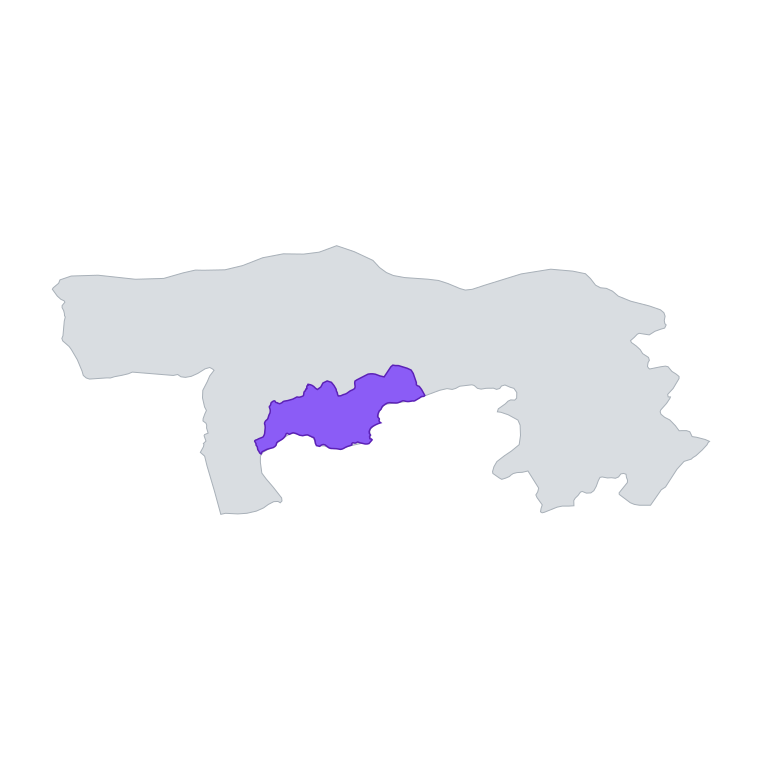 Cuvette-Ouest highlighted on a map of Republic of the Congo, rotated 254°
{"feature_id": "COG-2185", "entity_name": "Cuvette-Ouest", "entity_type": "Region", "adm_level": 1, "iso_a3": "COG", "parent_name": "Republic of the Congo", "parent_adm1": "", "projection": "equal_earth", "projection_center": [14.65, 0.103], "detail": "fine", "context": "in_parent", "style": "filled", "palette": "violet", "viewbox_px": 768, "rotation_deg": 254, "n_neighbors": 0, "source": "natural_earth", "source_scale": "10m", "svg_char_len": 7422}
<svg xmlns="http://www.w3.org/2000/svg" viewBox="0 0 768 768"><g transform="rotate(254 384 384)"><path d="M194.0,606.8L197.0,596.2L199.3,591.4L202.0,588.0L213.0,579.7L214.6,580.0L222.2,590.8L224.6,591.6L227.3,591.3L230.5,591.8L232.0,589.7L232.3,586.9L230.0,583.8L229.6,580.5L231.2,576.9L232.1,572.9L234.5,568.1L234.7,565.9L232.2,563.5L227.1,559.8L223.6,556.3L222.3,552.8L223.3,548.5L226.1,544.9L225.9,543.0L223.4,539.8L221.6,536.4L219.7,534.3L214.6,533.0L215.6,528.4L217.5,521.7L217.9,516.5L216.5,502.9L216.6,500.5L218.0,499.2L221.1,500.7L224.2,502.8L232.6,499.8L235.5,499.4L237.9,502.0L241.3,504.0L260.7,498.4L261.0,492.6L262.2,487.4L262.3,483.5L261.5,481.0L260.5,479.1L260.0,475.1L259.9,470.9L261.8,469.0L268.0,464.0L269.9,464.2L274.2,466.9L278.3,471.1L281.9,480.1L284.4,487.9L288.4,497.2L296.8,501.0L306.9,503.5L312.4,502.8L320.2,494.9L324.6,488.6L326.0,485.3L328.6,487.0L331.5,495.2L333.3,498.4L333.8,501.4L332.5,505.2L333.8,507.6L339.2,509.3L344.0,507.7L346.1,504.4L349.7,500.0L349.7,496.4L347.8,494.0L347.8,490.7L349.8,488.1L351.7,481.1L352.3,475.9L354.1,472.6L357.7,470.3L359.0,468.3L361.0,456.1L360.0,451.7L360.0,448.0L362.2,443.3L362.6,435.7L360.3,405.5L363.9,381.3L363.6,378.3L361.1,374.5L358.0,371.1L350.0,368.3L347.0,363.8L344.7,359.0L343.0,357.5L334.3,355.6L332.4,352.9L333.2,345.2L333.9,333.9L333.6,326.0L335.2,319.6L336.9,314.8L340.8,309.8L342.8,303.8L343.9,302.3L351.2,301.3L353.9,298.9L356.0,296.3L356.8,292.9L359.3,287.3L361.6,283.5L361.8,281.0L361.3,277.4L359.1,270.3L356.5,264.5L354.9,262.4L351.7,248.6L348.7,245.3L342.9,243.6L332.0,242.0L325.4,244.5L315.3,249.1L302.7,254.2L299.7,253.7L298.4,251.5L300.3,249.8L301.3,245.6L300.1,239.6L298.1,234.1L297.0,226.3L297.5,216.7L299.4,207.7L303.4,196.0L303.7,191.2L328.0,191.5L354.1,191.3L364.1,191.7L368.9,188.6L373.5,193.2L375.7,194.3L376.5,193.9L378.2,197.1L383.9,196.8L384.8,197.5L385.3,201.4L390.6,201.3L393.2,202.2L395.3,202.1L398.4,199.8L400.6,200.6L404.6,203.5L407.5,206.0L411.4,205.2L420.7,205.7L427.9,208.1L435.0,214.8L439.8,218.7L444.0,224.4L445.6,223.4L447.9,221.1L447.9,216.2L445.5,207.9L444.5,200.8L445.1,195.0L446.9,190.8L450.0,188.3L450.3,183.8L464.8,145.4L464.3,141.0L464.6,134.4L465.3,127.0L465.2,122.6L466.2,119.6L469.9,102.3L471.9,99.4L475.1,97.3L479.7,97.3L491.8,95.9L503.1,93.0L506.8,91.7L513.9,87.1L516.6,86.9L518.9,88.7L532.6,94.0L536.3,96.1L537.7,95.7L539.8,96.2L543.0,96.3L546.1,95.6L548.1,96.2L550.6,99.8L552.2,99.4L554.4,96.8L558.5,94.2L566.5,91.3L567.7,92.6L570.5,99.0L573.4,101.2L574.0,113.1L567.4,139.1L553.2,173.9L546.2,201.4L546.2,221.4L545.5,234.1L543.1,241.8L537.6,262.6L536.8,280.4L538.8,302.3L536.9,323.0L531.0,342.6L528.6,358.0L530.0,376.6L519.3,392.0L505.9,407.4L497.2,411.8L490.5,417.0L485.7,422.9L480.6,433.2L472.6,455.2L468.5,464.9L463.0,473.1L454.9,483.2L451.9,488.0L450.7,494.9L451.2,507.6L452.0,546.2L448.4,575.9L440.5,596.5L434.5,608.0L428.5,611.5L420.7,614.6L416.9,618.5L414.6,624.2L410.3,629.2L403.8,633.5L395.6,644.0L385.8,660.7L379.1,670.2L375.4,672.7L371.7,672.9L367.8,670.9L364.6,670.6L363.0,671.5L360.4,669.2L360.4,665.4L360.0,659.0L358.1,652.5L362.4,643.2L362.0,641.1L360.0,637.7L357.7,632.9L355.6,633.3L351.1,636.9L346.3,639.8L341.9,641.0L336.6,645.6L333.6,645.6L331.9,643.8L328.3,642.1L326.3,642.7L325.2,643.5L324.3,654.7L323.6,659.5L322.3,661.8L316.8,664.2L313.1,667.5L309.9,669.7L307.9,669.1L300.0,660.7L295.8,653.8L293.3,653.6L292.6,655.8L291.3,654.8L287.4,650.2L282.8,642.9L281.2,641.8L278.6,641.9L274.6,644.6L270.7,648.8L263.6,652.6L257.7,654.8L257.1,657.4L255.8,661.9L253.8,664.8L248.5,665.7L246.7,669.7L242.1,677.5L239.1,681.1L238.4,679.5L236.5,677.7L232.8,671.6L229.1,664.1L228.1,660.6L227.1,658.7L226.9,651.1L221.3,642.1L207.4,626.2L205.9,621.4L194.0,606.8Z" fill="#d9dde1" stroke="#a8b0b8" stroke-width="1"/><path d="M348.7,302.1L351.3,301.9L352.0,301.6L352.2,301.3L352.4,300.9L356.2,296.5L356.5,295.1L356.7,291.6L358.1,288.7L360.5,286.0L362.2,283.2L361.9,280.0L361.7,279.2L362.1,278.6L362.7,278.1L363.2,277.5L363.3,276.6L362.9,276.0L361.7,275.2L360.7,274.0L359.8,272.7L359.1,271.2L358.6,269.6L357.8,266.1L357.1,264.7L354.7,263.2L353.9,261.7L353.4,260.0L353.5,254.8L353.4,253.1L352.6,248.8L352.3,248.0L351.8,247.4L351.2,247.1L350.7,246.7L350.7,246.4L351.5,245.8L352.3,245.4L353.3,245.3L355.2,244.7L355.5,244.6L355.8,244.6L358.1,244.8L358.7,244.8L359.6,244.5L360.1,244.3L360.3,244.2L360.7,244.2L361.6,244.4L362.1,244.5L364.6,243.9L364.9,244.0L365.1,244.2L365.4,244.9L365.5,245.5L365.5,246.6L365.6,247.1L365.9,248.2L366.3,252.5L366.5,253.1L366.7,253.5L368.2,254.9L369.3,255.6L374.8,257.8L377.5,258.3L377.9,258.2L378.3,258.2L378.7,258.2L379.2,258.4L379.9,258.7L381.0,259.8L381.4,260.4L382.0,261.8L382.4,262.4L382.9,262.9L385.8,264.8L387.7,266.5L389.1,267.1L390.4,267.5L391.7,267.5L393.3,267.4L393.7,267.5L394.1,267.7L394.6,268.7L394.8,268.9L395.2,269.2L396.6,270.0L397.0,270.3L397.3,270.6L398.0,272.5L398.1,273.2L398.1,273.4L398.1,273.7L398.0,274.0L397.8,274.3L397.6,274.5L397.4,274.6L396.8,274.7L396.2,274.9L396.0,275.1L395.8,275.3L395.7,275.6L395.5,276.1L395.4,276.2L395.2,276.4L395.0,276.5L394.9,276.6L394.7,276.7L394.5,277.3L394.3,277.5L394.0,277.9L393.9,278.0L393.8,278.3L393.8,278.6L394.0,279.8L394.1,280.5L394.2,280.8L394.9,282.2L395.0,282.9L395.0,283.5L394.6,287.0L394.6,292.0L394.8,293.2L395.4,296.0L395.5,296.4L395.5,296.8L395.4,297.1L394.7,298.6L394.7,298.8L394.6,299.1L394.6,299.8L394.6,300.6L394.7,302.3L394.8,302.7L394.9,303.0L395.1,303.3L395.4,303.6L398.1,304.8L398.3,305.0L398.5,305.2L398.9,305.5L399.0,305.8L399.0,306.2L399.1,306.5L399.4,306.7L400.2,307.1L400.7,307.5L400.6,307.9L400.6,308.2L400.8,308.5L401.0,308.7L401.4,308.6L403.1,309.2L403.3,309.4L403.5,309.7L403.7,310.0L403.7,310.4L403.7,310.8L403.8,311.1L403.9,311.3L404.2,311.1L404.3,310.8L404.4,310.7L404.6,310.7L404.7,310.9L403.5,313.2L402.3,314.7L400.8,315.9L398.8,317.0L397.1,318.4L398.5,322.4L401.8,325.6L402.6,330.2L400.1,333.9L396.3,335.5L392.4,336.5L391.4,336.5L390.5,336.3L388.5,336.7L386.7,336.5L385.1,336.8L384.6,339.3L385.0,341.9L385.0,343.0L385.0,344.2L385.3,345.7L386.7,349.6L387.1,352.3L387.7,354.5L389.3,355.5L393.1,356.1L394.8,356.9L395.5,359.2L397.9,371.4L397.5,373.8L396.8,376.2L395.8,378.4L392.9,382.3L390.8,386.1L398.7,395.4L399.7,397.7L398.6,400.0L397.7,403.0L392.7,410.7L389.9,413.9L386.1,415.0L376.5,415.5L374.4,414.9L373.2,415.6L372.0,417.2L368.4,418.6L361.8,420.1L361.6,419.8L361.2,419.0L361.2,418.4L361.5,417.2L361.6,416.7L361.4,415.9L360.8,414.4L359.4,409.0L359.4,408.0L359.9,406.6L360.2,403.6L360.5,402.1L361.2,400.4L362.1,399.0L362.7,397.6L362.5,395.5L362.2,393.8L362.1,392.1L362.4,390.4L364.5,384.4L364.8,382.2L364.4,380.1L363.2,376.8L362.6,375.9L360.5,374.1L359.4,372.0L357.7,370.6L355.8,369.4L354.4,368.9L353.5,369.1L352.7,369.6L351.9,369.9L351.1,369.7L350.2,369.1L349.3,369.2L348.5,369.5L347.6,370.2L347.5,367.6L347.1,364.8L346.5,362.0L345.7,359.7L344.3,358.0L342.5,356.7L340.5,356.3L338.6,357.0L338.2,356.3L337.8,355.8L337.3,355.6L335.5,355.3L335.1,355.5L334.9,355.9L334.8,356.4L334.6,356.7L333.9,357.1L333.6,357.2L333.3,356.8L330.9,353.1L331.0,351.1L331.5,349.4L333.8,345.3L334.4,344.2L335.0,343.5L335.5,342.7L335.4,341.9L335.2,341.2L335.1,340.2L335.3,339.5L336.0,338.2L336.1,337.5L335.7,336.7L335.1,336.5L334.5,336.5L334.2,336.0L334.0,331.1L333.7,329.4L333.2,327.3L333.0,325.6L333.2,324.0L334.9,320.5L336.7,315.1L337.8,313.5L341.6,310.7L342.5,309.3L342.7,307.8L342.4,306.4L341.8,305.0L343.4,302.1L345.9,301.7L348.7,302.1Z" fill="#8b5cf6" stroke="#5b21b6" stroke-width="1.5"/></g></svg>